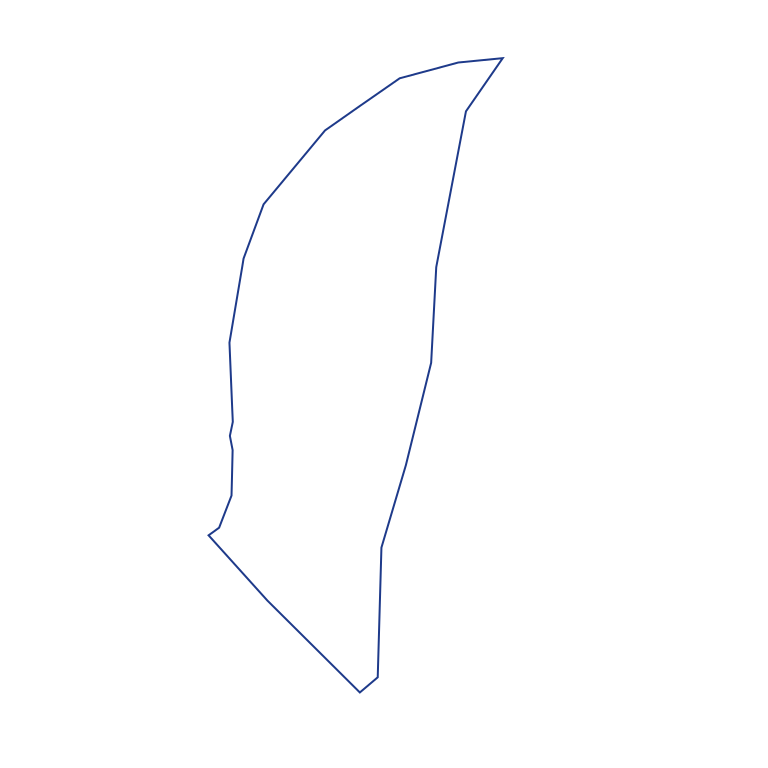 Kawther, Suhaj, Egypt (Albers equal-area conic projection), rotated 72°
{"feature_id": "37247803B38602183359422", "entity_name": "Kawther", "entity_type": "district", "adm_level": 2, "iso_a3": "EGY", "parent_name": "Egypt", "parent_adm1": "Suhaj", "projection": "albers", "projection_center": [31.725, 26.555], "detail": "fine", "context": "isolated", "style": "outline", "palette": "blue", "viewbox_px": 768, "rotation_deg": 72, "n_neighbors": 0, "source": "geoboundaries", "source_scale": "gbopen_adm2", "svg_char_len": 476}
<svg xmlns="http://www.w3.org/2000/svg" viewBox="0 0 768 768"><g transform="rotate(72 384 384)"><path d="M554.0,561.8L669.9,502.3L661.0,480.6L538.8,437.0L468.0,388.3L378.4,332.6L289.0,298.2L150.0,221.8L110.8,170.4L101.2,214.0L98.1,274.6L112.2,321.3L124.6,361.7L175.9,443.0L221.3,478.8L228.9,482.7L296.9,518.2L361.0,536.1L373.3,539.5L385.7,546.6L400.1,548.4L426.6,557.7L443.0,563.5L469.7,585.2L473.7,597.6L554.0,561.8Z" fill="none" stroke="#1e3a8a" stroke-width="2"/></g></svg>